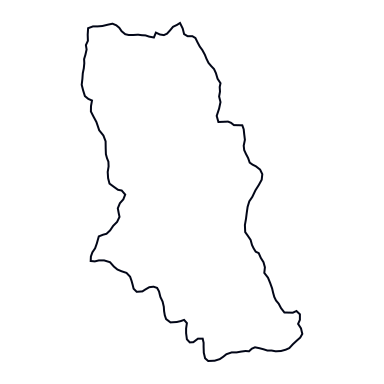 Machacalis, Minas Gerais, Brazil (Natural Earth projection)
{"feature_id": "56859067B87208191918029", "entity_name": "Machacalis", "entity_type": "district", "adm_level": 2, "iso_a3": "BRA", "parent_name": "Brazil", "parent_adm1": "Minas Gerais", "projection": "natural_earth1", "projection_center": [-40.718, -17.085], "detail": "fine", "context": "isolated", "style": "outline", "palette": "ink", "viewbox_px": 384, "rotation_deg": 0, "n_neighbors": 0, "source": "geoboundaries", "source_scale": "gbopen_adm2", "svg_char_len": 2664}
<svg xmlns="http://www.w3.org/2000/svg" viewBox="0 0 384 384"><path d="M90.7,261.0L94.8,261.4L98.9,260.4L104.1,260.4L110.0,262.2L113.9,266.6L117.4,269.5L121.4,271.2L126.5,272.9L130.1,276.7L131.6,281.0L132.7,285.0L133.6,288.7L136.7,291.8L142.4,291.4L145.3,289.5L149.3,287.2L153.5,286.7L157.1,287.9L159.0,291.4L160.4,297.0L162.6,301.6L163.8,306.8L164.1,311.2L164.8,315.3L166.1,319.1L170.5,322.4L176.8,322.0L180.7,321.1L184.1,319.9L186.9,323.1L186.1,328.5L186.1,333.2L186.9,339.3L189.8,342.4L193.3,342.2L197.9,338.7L202.7,338.7L203.6,342.8L203.6,346.8L203.8,352.8L205.1,358.3L208.2,361.0L214.7,360.7L219.8,359.1L223.3,356.7L226.4,354.2L231.7,352.4L236.6,352.4L241.0,351.6L245.6,351.0L249.0,351.3L251.8,348.7L255.0,347.3L259.4,348.2L263.6,349.3L267.3,350.5L271.4,350.5L275.7,351.3L281.0,351.0L285.7,349.7L289.3,348.1L293.0,344.1L296.9,340.5L300.2,337.6L302.3,333.9L301.0,328.4L298.1,323.9L299.9,319.8L299.9,314.3L296.4,311.0L292.8,312.7L289.3,312.6L284.4,312.5L281.0,308.1L278.7,303.7L276.0,300.5L274.3,297.0L273.1,292.7L272.1,288.4L270.2,283.1L268.0,277.7L264.3,272.9L264.9,267.3L263.5,262.2L260.8,257.9L258.7,253.1L255.7,251.7L253.6,248.3L252.0,245.0L250.6,239.9L247.7,235.6L245.2,232.1L244.9,225.0L246.0,218.8L246.7,213.2L247.6,206.9L249.3,201.3L252.3,196.9L255.5,190.2L258.8,185.0L261.7,179.7L262.3,174.2L260.1,169.6L255.9,166.3L252.5,164.6L249.7,162.6L248.1,158.0L245.9,153.8L244.2,150.1L243.7,145.7L244.9,139.8L244.2,134.1L243.7,129.3L242.3,125.3L238.0,125.2L233.9,125.1L231.0,122.8L228.0,121.6L223.3,121.8L218.4,122.0L216.7,115.9L219.1,108.6L220.5,102.1L219.1,96.5L220.0,91.6L219.7,87.0L220.5,83.2L217.6,78.8L215.9,73.1L214.0,69.0L211.3,66.2L208.5,62.9L206.4,58.6L204.9,54.8L202.3,50.0L199.8,46.6L197.5,42.3L195.4,38.0L192.4,36.2L187.6,36.2L184.1,34.1L182.7,28.5L180.0,23.0L177.0,24.9L173.0,26.8L170.1,30.3L167.0,33.7L163.9,35.1L159.9,34.5L155.9,32.6L153.9,37.5L149.1,36.6L145.5,35.4L141.8,35.2L138.1,34.7L133.3,35.0L128.7,35.0L125.2,34.2L121.6,31.2L119.3,27.8L116.3,25.3L112.5,23.7L108.2,24.6L102.4,26.0L97.6,26.4L93.0,26.4L88.1,28.2L87.7,34.7L87.9,40.8L85.9,45.1L86.6,49.5L85.4,54.8L84.1,59.1L84.3,63.3L83.8,68.3L82.8,73.2L82.4,78.8L81.7,84.8L83.1,90.3L84.9,96.1L88.3,98.9L92.0,100.5L91.0,106.1L90.9,111.5L93.5,116.6L96.4,122.0L97.8,126.1L99.2,130.3L103.4,135.5L105.6,141.3L105.7,148.4L105.9,154.2L107.0,158.2L108.4,161.7L108.6,166.4L107.7,172.0L108.1,178.2L109.5,183.6L113.7,186.7L118.0,189.8L121.7,190.5L125.2,194.6L123.3,199.4L119.9,203.2L117.8,208.3L118.7,213.1L119.5,216.9L117.1,221.9L113.2,225.8L110.1,230.4L106.5,233.8L103.1,234.7L98.8,236.4L96.8,243.5L95.1,248.3L92.4,252.3L90.9,256.5L90.7,261.0Z" fill="none" stroke="#020617" stroke-width="2"/></svg>